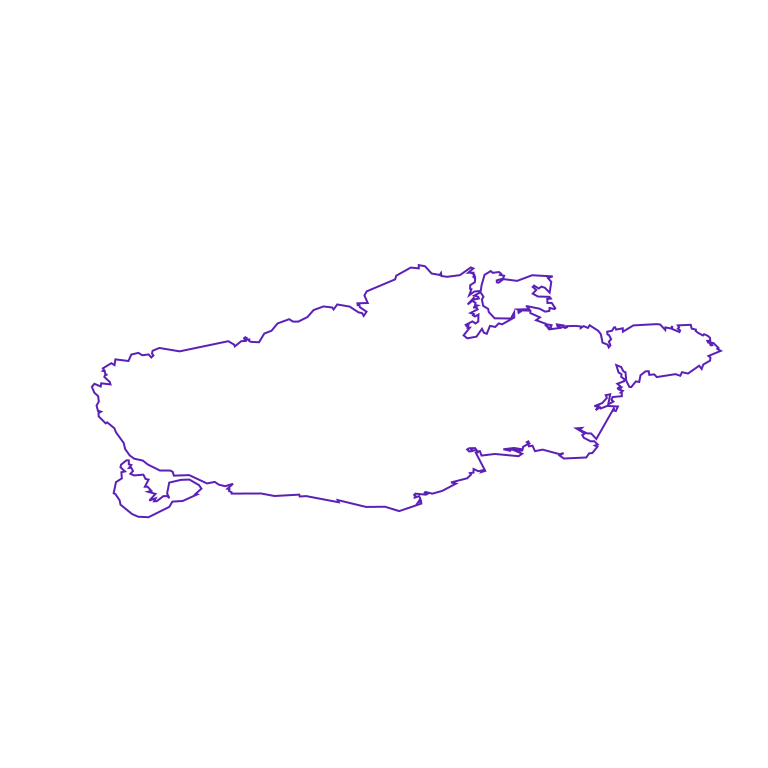 outline of Meland nor, Norway, rotated 140°
{"feature_id": "86288312B27116623213145", "entity_name": "Meland nor", "entity_type": "district", "adm_level": 2, "iso_a3": "NOR", "parent_name": "Norway", "parent_adm1": "", "projection": "albers", "projection_center": [5.101, 60.561], "detail": "fine", "context": "isolated", "style": "outline", "palette": "violet", "viewbox_px": 768, "rotation_deg": 140, "n_neighbors": 0, "source": "geoboundaries", "source_scale": "gbopen_adm2", "svg_char_len": 6155}
<svg xmlns="http://www.w3.org/2000/svg" viewBox="0 0 768 768"><g transform="rotate(140 384 384)"><path d="M117.4,196.9L104.7,192.9L106.1,196.6L104.6,196.6L105.3,203.6L107.0,205.6L107.6,202.8L108.9,203.7L108.0,206.2L109.1,207.5L108.6,209.2L106.2,207.5L104.6,209.8L105.0,212.7L106.8,216.4L108.5,216.2L110.6,221.5L111.1,224.3L110.1,225.2L112.7,228.6L111.0,232.2L121.2,240.0L121.6,237.7L123.3,237.5L122.7,234.7L124.3,233.9L127.9,241.0L126.0,243.2L128.4,242.0L132.0,246.4L133.8,244.6L134.2,252.1L136.9,254.8L155.3,268.6L167.3,270.5L165.3,273.2L171.2,276.5L170.5,278.9L171.5,279.5L175.0,278.2L179.5,280.6L180.9,278.3L180.2,276.8L181.2,272.3L184.5,271.9L185.7,268.1L188.3,267.6L187.4,270.4L190.0,275.2L185.9,282.7L185.7,287.0L188.7,296.8L191.8,295.9L193.8,300.0L197.3,300.4L196.2,301.5L199.6,305.1L207.4,311.3L208.5,311.3L206.6,309.6L209.2,310.5L210.4,312.8L208.8,313.4L213.2,318.5L213.9,316.9L211.5,312.8L222.4,319.7L222.2,322.8L220.1,319.9L217.8,321.4L220.3,324.3L222.1,323.6L222.6,325.1L221.3,326.1L226.5,335.1L221.7,334.8L226.3,344.2L224.7,346.1L232.5,353.0L233.6,352.9L231.5,351.5L234.9,352.0L233.4,353.8L234.0,355.4L224.7,348.0L224.3,350.8L225.4,352.3L224.4,351.7L216.5,341.8L214.0,335.8L210.4,333.7L208.3,335.8L205.2,331.8L204.1,331.9L203.4,338.3L206.7,341.0L204.3,344.2L201.3,342.2L201.2,344.4L209.8,352.0L212.0,357.6L206.9,358.2L207.7,362.7L205.8,362.9L204.1,357.7L200.8,357.4L198.9,354.3L198.4,347.5L190.2,354.7L190.3,359.8L185.6,358.0L200.6,372.1L215.7,377.4L225.1,387.6L231.0,387.9L232.2,389.4L231.0,390.9L225.1,388.2L222.4,389.7L225.0,393.0L223.4,393.2L224.0,395.9L229.3,399.3L229.6,401.9L236.8,403.0L245.7,397.0L251.1,392.2L251.7,386.9L254.7,385.8L257.8,380.1L255.9,374.6L257.5,371.8L257.0,363.2L244.7,352.6L238.3,355.2L241.5,351.2L255.2,353.8L257.1,356.7L262.1,356.2L265.5,360.4L273.0,356.4L274.5,359.1L273.5,363.3L282.7,360.8L290.9,365.5L291.7,370.1L282.1,372.0L283.8,373.3L281.9,374.5L283.5,375.2L283.4,376.8L276.0,375.1L275.0,371.5L271.6,371.3L267.0,376.5L270.9,377.2L271.6,379.3L270.2,379.6L272.1,382.8L264.3,381.0L263.9,382.9L266.5,385.2L261.8,383.9L263.5,386.0L261.7,387.3L262.9,390.9L268.8,391.2L259.0,392.4L261.9,391.4L256.4,388.5L255.8,390.2L258.1,393.7L251.8,392.4L251.2,393.9L255.4,396.8L261.7,397.2L256.1,400.4L256.9,401.5L254.4,404.3L249.0,403.6L246.3,406.2L246.6,408.2L244.6,407.4L246.1,408.9L244.5,409.9L245.5,412.5L243.2,411.1L248.0,415.1L241.3,415.1L242.6,417.5L255.9,418.6L266.7,425.5L270.6,429.8L269.0,432.4L271.2,431.7L276.5,438.0L276.9,447.9L281.0,452.7L283.0,450.2L288.7,456.0L305.0,459.1L308.2,457.0L337.7,466.1L342.1,464.4L344.4,456.5L352.5,462.9L353.5,461.3L352.1,460.2L353.1,458.3L350.9,450.6L355.8,449.2L355.2,452.3L357.5,455.3L360.5,465.3L368.7,475.0L374.7,473.5L374.5,475.9L380.5,482.3L390.4,485.9L399.6,484.5L409.6,486.9L413.6,490.3L415.0,494.6L426.6,498.8L435.9,497.1L443.3,499.6L452.9,496.3L459.0,502.0L459.6,503.9L458.6,504.8L461.0,506.3L459.6,507.4L460.2,509.0L461.8,509.0L462.4,506.0L465.9,508.6L474.1,508.7L473.5,510.5L475.8,516.9L519.6,540.4L532.9,556.0L539.9,558.2L542.2,556.4L542.3,554.1L545.2,553.9L545.3,557.9L550.7,561.4L552.1,565.7L558.6,569.0L565.0,565.9L573.9,575.5L578.3,571.7L579.5,575.2L589.3,576.7L589.5,574.3L590.8,574.6L589.8,573.1L591.0,570.9L590.2,568.6L591.3,570.4L593.7,569.2L592.8,561.8L593.8,559.5L600.2,566.3L602.6,564.2L605.7,570.3L609.6,569.6L611.5,563.5L610.8,558.4L613.8,553.8L618.0,552.3L620.8,546.4L620.1,547.3L618.6,544.7L621.3,545.3L623.4,542.6L622.5,532.7L620.7,532.5L619.0,523.5L620.4,519.1L621.3,506.2L624.1,500.6L624.7,492.7L623.4,487.4L618.0,480.4L616.7,474.2L611.3,461.8L603.3,455.0L602.3,452.5L603.9,448.9L591.8,439.4L583.5,421.6L576.6,417.8L575.2,413.0L571.4,407.8L563.8,404.6L571.3,404.4L570.0,402.7L571.5,401.7L570.4,399.0L571.2,398.0L548.5,379.1L539.9,368.6L520.0,353.7L520.9,352.0L515.7,348.2L494.7,322.5L494.1,324.9L476.8,301.4L462.1,289.3L454.1,276.9L432.3,268.4L430.9,270.5L434.1,271.4L430.0,272.5L429.2,275.5L434.5,277.6L431.7,277.0L432.2,279.6L430.5,279.9L423.1,272.3L421.2,271.9L422.6,274.5L421.7,274.7L417.4,268.9L408.1,264.7L392.9,261.4L395.9,265.5L380.9,258.3L375.6,258.7L375.4,260.5L372.4,258.6L370.0,261.3L367.8,256.5L363.8,254.5L365.9,253.9L362.3,252.4L357.9,272.2L356.4,271.5L356.2,274.3L359.0,276.0L359.1,278.4L359.8,276.1L362.1,277.5L362.4,280.4L360.0,280.0L355.4,276.3L355.8,272.2L353.7,270.9L355.3,266.5L344.0,259.1L327.3,242.2L323.0,241.8L325.9,247.5L320.2,243.8L330.8,253.9L329.7,251.0L334.5,257.3L325.5,251.4L319.8,244.8L317.9,246.5L312.7,245.6L311.6,246.0L311.9,247.6L309.4,247.1L311.1,247.1L310.9,244.9L312.4,245.3L313.0,243.0L309.9,241.3L311.5,235.5L304.7,231.8L294.5,217.3L290.8,215.6L295.5,216.4L294.1,211.3L276.3,197.7L271.5,199.0L268.7,197.2L260.8,198.8L261.9,201.2L259.2,200.3L259.7,205.0L262.6,207.3L265.5,214.4L265.0,217.4L262.1,217.0L265.3,226.5L260.7,223.2L263.5,223.1L260.2,215.7L257.1,212.9L256.7,205.4L222.9,217.9L225.2,216.0L223.7,214.3L219.3,216.4L227.1,223.7L233.8,226.0L233.5,227.4L238.5,227.8L234.1,229.4L237.1,231.8L229.0,229.1L222.2,230.1L221.3,232.9L217.3,230.7L225.3,224.3L219.6,223.1L219.9,225.6L217.3,227.1L209.7,221.8L207.3,224.6L208.0,225.2L205.5,225.3L207.3,228.3L205.1,228.7L208.5,230.5L204.4,230.1L205.1,234.2L198.3,231.8L196.8,233.4L197.7,237.0L195.8,238.8L196.9,242.1L193.9,249.2L191.4,244.5L192.5,239.9L191.5,237.7L196.3,230.9L197.9,224.1L196.6,222.7L189.4,224.1L187.2,221.5L181.9,225.8L175.6,225.6L173.0,223.6L174.9,220.5L170.8,217.6L170.6,214.0L154.4,204.2L151.8,199.9L148.1,201.5L144.4,196.6L130.8,195.4L131.0,191.3L126.9,193.7L119.2,192.3L116.9,194.5L117.4,196.9ZM598.1,419.5L599.1,420.9L591.1,421.2L590.7,425.4L594.5,435.9L601.2,441.1L611.9,446.5L620.5,439.6L621.8,434.5L622.1,437.5L625.1,439.9L633.4,440.3L635.5,441.9L632.4,443.2L638.7,445.5L629.7,446.7L634.1,453.2L630.9,451.7L631.1,457.2L633.2,459.0L625.8,462.1L627.7,464.6L626.6,469.2L634.3,474.7L636.0,478.2L632.2,478.7L631.4,482.4L633.2,483.6L629.7,484.4L631.1,486.5L628.6,489.5L630.4,491.1L637.3,491.2L639.4,489.6L638.6,483.5L641.9,485.2L645.5,480.2L652.4,481.1L661.3,474.1L660.5,472.1L661.3,464.8L663.4,460.9L660.6,446.3L657.6,440.3L650.0,433.3L627.5,427.9L621.7,429.9L613.4,423.8L598.1,419.5Z" fill="none" stroke="#5b21b6" stroke-width="2"/></g></svg>